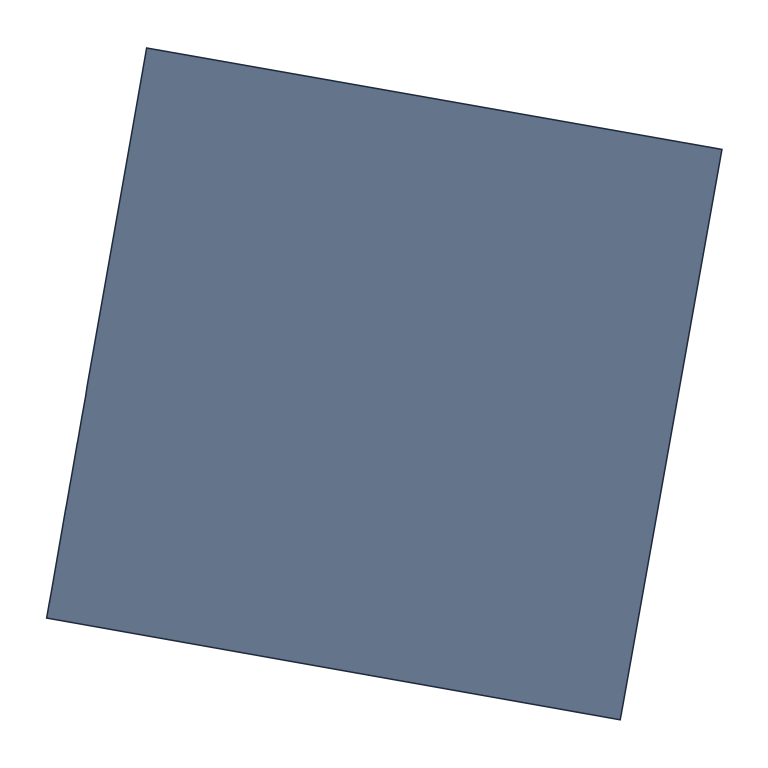 outline of Lipscomb, Texas, United States of America, rotated 280°
{"feature_id": "52423323B40527291934066", "entity_name": "Lipscomb", "entity_type": "district", "adm_level": 2, "iso_a3": "USA", "parent_name": "United States of America", "parent_adm1": "Texas", "projection": "mercator", "projection_center": [-100.37, 36.278], "detail": "fine", "context": "isolated", "style": "filled", "palette": "slate", "viewbox_px": 768, "rotation_deg": 280, "n_neighbors": 0, "source": "geoboundaries", "source_scale": "gbopen_adm2", "svg_char_len": 479}
<svg xmlns="http://www.w3.org/2000/svg" viewBox="0 0 768 768"><g transform="rotate(280 384 384)"><path d="M94.9,92.4L94.3,674.9L101.2,675.0L673.7,676.1L673.7,91.9L670.1,91.9L578.6,92.0L481.9,92.0L344.7,92.0L344.3,92.0L344.0,92.0L330.4,92.0L319.4,92.3L301.0,92.2L272.6,92.3L272.6,92.2L235.5,92.3L227.3,92.2L227.3,92.3L213.9,92.3L206.4,92.3L206.4,92.2L120.3,92.5L111.7,92.4L111.5,92.6L110.8,92.5L110.8,92.4L94.9,92.4Z" fill="#64748b" stroke="#1e293b" stroke-width="1.5"/></g></svg>